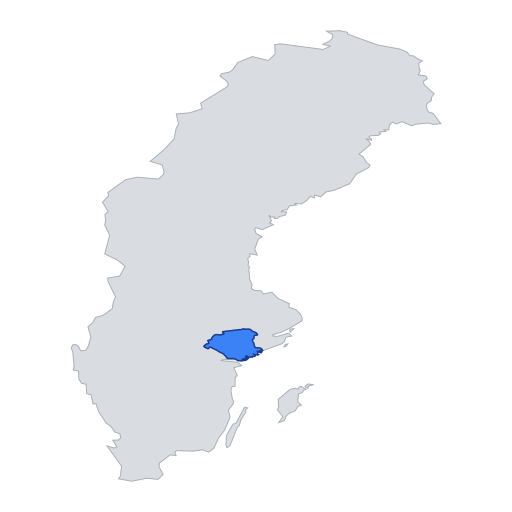 location of Södermanland within Sweden
{"feature_id": "SWE-185", "entity_name": "Södermanland", "entity_type": "County", "adm_level": 1, "iso_a3": "SWE", "parent_name": "Sweden", "parent_adm1": "", "projection": "equal_earth", "projection_center": [16.821, 59.079], "detail": "fine", "context": "in_parent", "style": "filled", "palette": "blue", "viewbox_px": 512, "rotation_deg": 0, "n_neighbors": 0, "source": "natural_earth", "source_scale": "10m", "svg_char_len": 6158}
<svg xmlns="http://www.w3.org/2000/svg" viewBox="0 0 512 512"><path d="M78.4,346.3L80.7,350.8L85.8,350.2L88.0,346.9L90.9,337.3L87.9,326.7L92.5,323.1L95.6,317.3L102.7,315.5L112.2,308.8L113.3,302.0L115.6,296.9L108.2,281.8L107.7,278.1L119.7,276.1L125.1,266.2L117.2,259.9L104.7,253.9L109.7,235.1L104.7,225.0L105.6,220.8L105.0,214.3L108.2,211.7L102.5,202.2L108.7,195.8L107.8,192.5L125.7,179.6L137.3,177.2L158.5,179.1L163.7,174.1L164.0,171.4L162.2,165.0L150.3,161.3L163.6,150.0L174.0,139.0L176.1,128.5L178.6,124.1L176.3,114.0L189.9,112.8L202.2,108.7L200.6,103.2L227.4,86.6L228.3,83.7L226.3,80.9L220.0,75.9L221.8,73.6L228.9,72.3L232.4,70.1L237.8,62.5L252.3,56.6L268.3,60.5L275.2,53.9L274.7,44.7L280.4,43.8L323.2,49.5L330.3,46.1L323.0,44.3L330.1,40.7L332.2,38.5L332.8,35.9L332.5,34.5L326.5,31.2L339.9,30.7L347.3,32.3L348.0,34.3L377.3,44.9L400.5,49.2L407.2,52.3L409.7,55.7L413.4,55.8L417.8,59.0L422.3,60.8L418.8,63.1L419.1,68.1L420.3,70.5L418.3,74.9L425.9,76.0L427.2,78.7L423.4,81.4L424.0,84.5L434.1,93.8L431.7,96.8L431.2,100.7L426.9,103.5L426.4,106.5L427.3,110.3L428.9,112.1L433.2,113.4L440.8,123.7L433.5,124.4L428.0,123.0L415.1,124.3L411.9,125.8L401.9,121.7L396.3,124.0L392.4,122.0L389.4,125.3L388.7,130.0L384.1,129.6L385.9,131.3L379.6,132.0L379.2,132.7L380.5,133.9L378.7,135.3L370.0,135.8L368.9,137.3L371.5,139.1L371.4,140.3L365.8,138.5L369.7,141.9L370.6,144.4L358.9,154.2L363.0,156.8L366.4,162.5L370.0,165.0L368.6,167.6L356.4,174.0L349.6,183.8L334.1,190.3L325.9,192.0L320.7,196.7L314.4,195.2L314.3,198.0L310.3,196.3L307.0,200.4L301.4,204.0L295.2,203.3L294.6,204.0L296.5,205.0L289.3,205.9L287.2,209.6L282.0,210.6L281.1,211.8L286.5,212.0L285.4,215.1L279.3,216.6L277.1,218.5L274.4,218.5L274.9,217.0L270.9,217.1L269.6,215.4L268.9,215.8L271.6,220.8L269.6,222.8L273.4,224.7L262.3,229.6L255.6,227.7L254.7,229.2L256.1,233.5L262.0,236.8L258.5,239.0L254.7,249.0L257.3,255.1L249.6,253.7L250.1,256.0L247.7,258.7L248.7,262.7L247.9,265.2L249.7,267.6L248.7,268.7L249.8,279.8L252.1,284.6L251.3,288.4L254.4,290.4L261.2,290.9L263.2,294.0L271.8,292.2L277.9,298.4L289.4,303.7L288.8,307.2L296.2,309.8L300.6,314.5L302.3,318.5L301.8,321.0L290.4,327.7L281.6,332.1L272.4,334.9L272.9,336.0L277.4,336.4L288.4,333.2L291.7,336.0L285.7,337.3L284.5,341.2L282.0,343.7L257.6,352.6L254.4,355.4L243.4,359.9L223.8,359.5L220.8,360.5L237.8,362.3L241.8,365.6L233.8,367.7L237.3,375.6L235.2,377.5L235.0,386.3L232.1,386.5L230.9,390.1L232.3,398.9L233.7,401.4L233.1,404.0L228.4,410.0L230.0,417.2L224.5,430.4L218.5,438.1L213.8,448.4L208.6,452.1L202.6,449.8L193.4,451.1L176.9,450.7L174.8,451.7L176.0,455.5L170.1,454.9L159.5,463.0L159.0,466.9L163.1,474.4L157.9,479.4L146.7,478.2L131.8,481.3L118.6,478.8L120.3,476.2L121.6,466.2L107.0,445.9L114.0,448.0L117.0,446.9L112.8,440.3L118.9,439.9L120.8,437.6L119.8,433.8L114.9,432.1L110.7,426.2L106.2,423.1L98.5,411.4L95.9,403.4L93.1,404.1L91.0,394.9L86.7,393.5L86.1,384.3L81.6,383.3L78.8,379.0L78.6,371.1L73.2,370.0L74.1,366.2L72.8,352.3L71.2,348.0L72.8,344.8L75.8,344.5L78.4,346.3ZM306.1,389.2L303.7,390.1L302.3,392.6L298.4,393.9L297.8,402.0L301.4,405.1L297.7,406.5L295.2,410.8L288.6,413.7L285.9,416.5L284.5,420.5L278.7,422.6L282.8,416.6L277.3,409.7L278.7,407.3L278.2,399.4L290.0,389.4L295.5,388.2L298.0,389.3L299.1,386.9L300.8,386.4L306.1,389.2ZM229.9,445.9L227.0,447.7L226.1,445.2L226.4,435.6L233.0,424.2L236.0,423.3L244.0,408.1L244.9,407.1L247.7,408.0L245.7,409.4L245.8,412.1L240.7,420.2L239.3,425.6L237.5,426.9L229.9,445.9ZM308.5,386.1L308.0,388.4L305.0,386.5L307.8,384.0L313.7,384.6L308.5,386.1ZM293.9,328.7L290.2,332.2L289.5,330.7L290.2,329.1L293.9,328.7ZM285.9,346.5L283.9,346.8L285.3,344.4L287.9,343.9L285.9,346.5Z" fill="#d9dde1" stroke="#a8b0b8" stroke-width="1"/><path d="M261.4,348.8L261.2,348.9L261.1,349.1L261.4,349.3L261.6,349.5L261.9,349.5L262.1,349.6L262.1,349.8L261.8,350.1L262.2,350.3L262.6,350.5L262.3,351.0L261.8,351.3L261.2,351.3L260.5,351.1L259.9,351.0L260.2,351.5L260.6,351.8L261.5,352.3L261.5,352.5L260.9,352.5L261.1,352.7L261.3,352.8L260.5,352.7L258.3,351.6L257.3,351.3L257.3,351.5L257.8,351.8L257.9,352.2L257.7,353.2L257.4,353.8L257.4,354.1L257.6,354.2L257.8,354.3L258.5,354.7L257.7,355.0L254.1,354.4L255.1,355.4L255.2,355.9L254.7,356.4L253.1,356.4L252.3,356.5L252.3,357.1L248.9,357.1L248.0,356.9L247.7,356.7L247.1,356.0L246.7,355.9L246.3,356.0L245.5,356.3L244.9,356.4L245.3,356.5L246.3,356.6L246.6,356.9L246.6,357.2L246.4,357.5L246.1,357.7L245.9,357.9L246.5,358.1L247.8,358.0L248.4,358.1L248.4,358.3L247.7,358.8L247.3,359.3L246.8,359.6L246.2,359.6L244.4,358.9L243.3,358.7L242.7,359.3L244.1,359.4L244.7,359.7L245.2,360.3L244.5,360.3L241.8,360.9L237.6,360.6L237.1,360.1L236.2,359.5L234.9,358.9L233.1,358.6L227.9,358.5L227.5,358.4L227.0,358.1L226.5,357.7L226.3,357.3L226.2,356.6L226.0,356.4L224.5,355.2L224.1,354.7L223.8,354.2L223.3,353.8L218.6,351.5L216.8,350.2L212.1,348.0L211.0,347.3L210.6,347.2L210.1,347.2L209.5,347.4L209.2,347.6L209.0,347.8L208.7,348.5L208.3,348.6L207.9,348.7L206.4,348.1L204.5,347.0L204.2,346.7L203.9,346.3L204.0,345.9L204.4,345.6L204.7,345.3L205.7,344.6L206.1,344.2L206.4,344.0L206.9,343.9L207.8,343.7L208.4,343.5L208.8,343.3L208.9,343.0L208.9,342.7L208.2,341.5L207.9,340.9L207.8,340.6L208.1,340.3L210.4,339.7L211.1,339.4L211.7,339.0L211.8,338.7L211.8,338.3L211.8,338.0L211.9,337.7L212.1,337.4L213.9,335.5L214.2,335.2L214.8,334.9L216.0,334.6L216.7,334.6L217.3,334.6L219.1,334.9L219.8,334.9L220.7,334.8L222.8,334.3L223.4,334.1L223.8,333.9L223.9,333.7L224.0,333.5L223.9,333.4L223.2,333.0L223.0,332.9L222.7,332.6L222.6,332.3L222.6,332.0L222.7,331.8L222.8,331.7L223.1,331.6L239.6,329.6L240.1,329.7L240.9,329.6L241.3,329.6L243.1,328.8L246.1,329.2L248.4,329.0L249.0,329.1L249.9,329.3L251.1,329.9L251.3,330.1L251.4,330.3L251.9,330.9L252.8,331.4L254.6,332.0L255.7,332.5L256.3,332.9L257.1,334.0L257.5,334.3L257.5,334.6L257.3,335.0L256.8,335.2L255.7,335.2L255.2,335.3L254.8,335.4L254.5,335.7L254.1,336.1L254.0,336.9L254.0,337.9L253.9,338.6L252.7,339.3L252.5,339.5L252.4,339.8L252.4,340.1L252.5,340.6L252.6,341.0L252.8,341.5L253.1,342.1L253.9,343.3L254.5,346.1L254.7,346.5L254.8,346.8L255.5,347.6L255.8,347.7L256.3,347.8L258.2,347.8L259.6,347.9L260.5,348.2L261.4,348.8Z" fill="#3b82f6" stroke="#1e3a8a" stroke-width="1.5"/></svg>